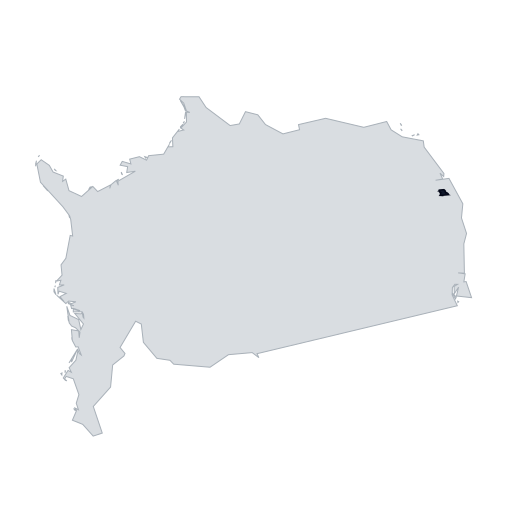 Colusa, California, United States of America shown in context, rotated 175°
{"feature_id": "52423323B21715725601403", "entity_name": "Colusa", "entity_type": "district", "adm_level": 2, "iso_a3": "USA", "parent_name": "United States of America", "parent_adm1": "California", "projection": "orthographic", "projection_center": [-122.228, 39.169], "detail": "fine", "context": "in_parent", "style": "filled", "palette": "ink", "viewbox_px": 512, "rotation_deg": 175, "n_neighbors": 0, "source": "geoboundaries", "source_scale": "gbopen_adm2", "svg_char_len": 4437}
<svg xmlns="http://www.w3.org/2000/svg" viewBox="0 0 512 512"><g transform="rotate(175 256 256)"><path d="M412.3,138.1L431.2,120.3L424.6,93.0L433.9,90.8L443.3,103.4L453.2,108.4L448.3,117.6L449.5,120.3L446.3,118.3L447.9,125.0L444.5,133.3L448.7,149.6L455.6,152.6L457.4,150.1L455.3,148.1L456.7,148.7L458.6,151.3L453.2,158.4L450.1,156.3L451.9,161.0L444.5,167.9L441.5,177.7L440.4,174.1L438.7,172.6L441.1,181.0L443.5,181.1L446.3,187.7L446.3,198.7L439.2,196.8L439.2,189.9L438.0,195.5L442.1,200.3L445.7,202.2L447.9,205.6L448.9,222.4L446.5,213.0L438.2,208.1L436.9,198.0L433.8,203.3L441.5,214.5L435.4,213.6L434.1,214.9L433.6,210.2L432.9,209.1L432.9,213.0L434.1,215.6L442.9,216.2L442.6,219.3L437.6,216.9L436.1,216.9L442.3,219.7L444.3,219.7L444.9,223.4L441.7,222.3L447.1,224.9L446.7,226.1L444.0,224.6L439.4,226.1L446.6,227.4L449.6,225.2L458.1,234.4L451.3,227.5L454.8,232.6L448.3,235.3L455.2,238.1L456.6,235.1L456.2,242.0L449.6,243.9L454.4,244.3L452.5,248.8L456.9,248.4L450.9,253.8L451.0,264.2L445.6,270.3L439.3,292.7L436.9,291.9L437.4,308.6L438.2,312.3L444.1,321.9L464.3,348.3L466.3,366.8L461.6,370.6L454.0,364.3L450.8,357.3L441.0,352.4L442.2,347.2L438.8,349.2L436.6,337.4L424.6,330.5L412.5,339.5L408.1,334.0L394.9,339.4L395.8,336.1L394.2,339.7L388.6,343.5L387.0,338.5L387.1,342.5L368.8,351.0L377.5,350.4L376.1,356.2L383.4,358.3L381.0,361.9L372.6,358.6L373.4,363.5L363.5,365.1L356.7,361.0L354.2,365.3L339.1,365.5L332.5,374.9L334.1,372.4L329.3,372.1L328.9,381.0L321.3,389.1L323.0,386.9L317.0,387.8L319.7,390.0L313.6,395.5L312.8,405.3L309.4,404.8L312.6,406.5L314.7,414.6L318.5,418.9L316.8,421.2L298.9,419.6L292.8,408.3L270.4,388.2L261.1,389.0L253.9,400.7L241.9,396.5L235.1,386.1L218.5,375.3L201.6,378.0L202.2,383.2L174.7,387.1L137.4,374.8L114.1,378.6L110.4,369.9L100.0,362.0L79.3,356.1L79.0,349.8L61.6,321.8L62.1,318.8L65.5,322.5L63.3,316.4L70.5,315.8L57.0,316.5L45.4,290.0L48.0,276.0L44.3,260.1L47.9,250.0L49.9,220.7L56.1,221.6L49.2,220.0L51.2,212.1L48.9,212.2L44.9,195.7L59.8,198.7L56.9,207.3L61.7,201.2L61.3,208.4L57.7,210.2L60.3,210.5L63.1,207.5L64.0,200.2L59.8,188.9L263.5,158.6L262.0,154.5L268.2,160.1L292.0,160.1L311.5,149.2L347.4,155.4L350.8,159.6L363.7,162.7L375.7,179.8L376.2,198.2L381.6,201.5L399.4,176.7L395.0,170.3L396.3,167.9L408.3,159.9L412.3,138.1ZM448.7,169.1L451.6,165.8L441.8,179.0L449.0,166.4L448.7,169.1ZM61.0,195.9L63.0,200.5L62.9,201.2L60.1,197.7L61.0,195.9ZM317.9,417.5L314.3,410.9L313.6,406.6L314.8,410.9L317.9,417.5ZM449.4,117.5L450.7,119.5L449.9,119.5L449.4,117.5ZM357.4,363.1L358.2,364.7L356.3,363.9L357.4,363.1ZM87.4,363.0L89.7,362.0L89.9,362.3L87.4,363.0ZM84.9,362.4L84.0,363.7L83.2,362.6L84.9,362.4ZM456.4,156.3L456.2,158.3L455.8,158.2L456.4,156.3ZM314.1,402.4L313.5,406.1L315.2,398.8L314.1,402.4ZM458.1,339.4L461.9,344.6L457.6,339.0L458.1,339.4ZM99.8,368.3L100.9,370.1L99.6,368.5L99.8,368.3ZM467.4,367.3L466.4,370.1L467.7,364.6L467.4,367.3ZM460.4,237.9L460.1,241.2L458.6,234.8L460.4,237.9ZM58.9,192.1L59.0,193.4L58.1,192.8L58.9,192.1ZM320.0,391.3L317.2,393.7L320.0,390.8L320.0,391.3ZM459.8,154.4L460.7,155.9L459.5,156.4L459.8,154.4ZM99.9,373.5L100.8,375.7L99.6,373.7L99.9,373.5ZM316.7,395.2L315.6,396.4L316.4,394.8L316.7,395.2ZM448.6,208.5L448.7,212.7L448.2,207.2L448.6,208.5ZM331.9,376.6L330.1,378.6L332.5,375.4L331.9,376.6ZM438.3,310.1L438.9,312.9L438.1,311.2L438.3,310.1ZM457.7,248.5L457.4,249.3L458.0,246.4L457.7,248.5ZM417.0,336.7L415.3,339.1L414.3,339.2L417.0,336.7ZM387.6,343.4L387.3,344.0L386.0,344.5L387.6,343.4ZM448.5,358.8L449.4,360.4L448.0,358.6L448.5,358.8ZM382.8,349.6L382.9,351.4L381.9,348.4L382.8,349.6ZM463.9,374.3L462.8,375.2L464.3,373.7L463.9,374.3ZM446.6,189.0L446.7,191.1L446.4,188.3L446.6,189.0ZM459.1,242.5L458.8,243.5L458.6,243.5L459.1,242.5Z" fill="#d9dde1" stroke="#a8b0b8" stroke-width="1"/><path d="M59.5,300.3L59.1,300.3L59.4,300.5L59.2,300.8L59.1,301.1L59.3,301.4L60.0,302.0L60.3,302.3L60.4,302.2L60.9,302.3L61.0,302.4L61.5,302.3L61.5,302.5L61.8,302.8L61.8,303.2L61.6,303.1L61.6,303.4L61.7,303.8L61.7,304.2L61.9,304.3L62.2,304.5L62.4,304.6L62.3,304.9L62.4,305.2L62.8,305.5L63.1,305.7L67.6,305.7L67.6,305.3L67.7,305.1L67.8,305.1L67.8,304.9L68.0,304.8L67.7,304.7L67.7,304.4L67.6,304.0L67.3,304.0L67.1,303.9L67.1,303.7L66.9,303.3L66.7,303.2L66.9,303.1L66.6,302.7L66.8,302.5L66.6,302.0L66.7,301.7L66.8,301.5L67.0,301.2L67.1,300.8L67.0,300.6L67.2,300.4L66.0,300.3L66.1,300.2L64.9,300.0L64.9,300.3L64.4,300.3L60.8,300.3L59.5,300.3Z" fill="#0f172a" stroke="#020617" stroke-width="1.5"/></g></svg>